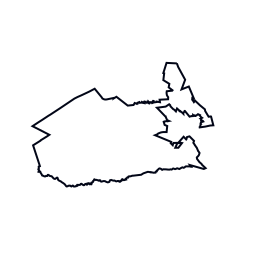 the district of Umguza, Matabeleland North, Zimbabwe, rotated 295°
{"feature_id": "62879985B92853728292751", "entity_name": "Umguza", "entity_type": "district", "adm_level": 2, "iso_a3": "ZWE", "parent_name": "Zimbabwe", "parent_adm1": "Matabeleland North", "projection": "equal_earth", "projection_center": [27.996, -19.86], "detail": "fine", "context": "isolated", "style": "outline", "palette": "ink", "viewbox_px": 256, "rotation_deg": 295, "n_neighbors": 0, "source": "geoboundaries", "source_scale": "gbopen_adm2", "svg_char_len": 5712}
<svg xmlns="http://www.w3.org/2000/svg" viewBox="0 0 256 256"><g transform="rotate(295 128 128)"><path d="M72.2,49.3L56.2,64.3L55.7,63.9L55.5,63.5L55.2,63.4L54.7,63.8L53.9,64.0L53.4,64.4L52.9,64.2L52.7,64.2L52.2,65.1L51.5,65.7L51.2,65.7L50.8,65.3L50.5,65.4L50.8,66.0L51.1,66.2L51.3,66.6L51.4,66.9L51.1,67.2L50.7,67.4L50.1,68.4L49.8,68.8L49.4,69.5L48.7,70.2L48.7,70.6L48.9,71.5L48.8,72.5L49.1,73.4L49.3,73.6L49.9,73.9L50.2,74.8L50.4,75.1L50.9,75.3L51.3,75.1L51.6,75.1L51.8,75.4L51.8,76.3L51.5,77.5L52.0,79.2L51.0,81.6L50.9,81.9L50.8,82.7L51.0,83.3L51.2,83.6L52.9,84.5L53.1,84.8L53.1,85.0L52.8,85.5L51.8,86.3L51.4,86.8L51.2,87.9L51.2,89.9L50.9,90.7L50.8,91.9L50.4,94.1L49.7,95.6L49.2,96.5L49.1,96.8L49.1,97.1L49.3,97.4L49.8,98.0L50.4,98.3L50.6,98.5L50.8,99.1L51.2,99.5L51.3,100.0L51.1,100.8L51.1,101.4L51.2,101.5L52.2,102.0L52.5,102.3L52.5,102.6L52.1,103.4L52.1,103.7L52.4,104.3L53.1,105.4L53.4,105.5L53.7,105.5L53.8,105.6L53.9,105.8L54.0,106.3L54.2,106.5L54.6,106.3L54.8,106.0L55.0,106.0L55.9,108.1L56.4,108.7L57.3,108.8L57.7,109.2L57.7,110.1L57.4,110.8L57.5,111.3L57.4,111.8L57.5,112.2L57.8,112.5L58.9,112.8L59.3,113.0L59.4,113.3L59.4,113.7L59.2,114.5L59.4,114.8L59.8,114.7L60.1,114.4L60.4,114.4L61.0,115.2L61.3,115.6L60.8,116.3L60.8,116.8L61.3,116.9L61.6,117.0L61.6,117.4L61.3,118.0L61.3,118.3L61.5,118.6L62.5,118.5L62.8,118.1L63.1,118.0L64.2,119.0L64.8,119.1L65.4,118.8L66.1,119.2L67.1,119.1L67.3,119.3L67.2,120.5L67.7,121.4L67.8,122.5L68.0,122.9L67.9,123.4L67.9,123.8L68.3,124.2L68.7,124.4L68.8,124.6L68.8,125.0L68.2,125.5L68.1,125.8L68.1,126.4L68.3,126.8L69.3,127.9L69.8,128.7L70.1,129.8L70.0,131.2L70.1,131.9L70.1,132.3L70.3,132.8L71.1,133.7L71.5,133.9L72.3,133.8L73.0,133.8L73.3,134.1L73.8,134.7L73.9,135.7L74.1,137.0L74.5,137.6L74.7,138.1L74.6,138.8L74.6,139.6L74.7,140.0L75.6,141.0L75.9,141.6L75.9,142.3L75.7,142.6L75.8,143.4L76.3,143.7L76.6,143.4L76.8,143.4L77.1,143.7L77.4,144.3L77.6,144.5L78.0,144.6L78.5,144.2L79.2,144.4L79.3,144.8L78.9,145.7L78.9,146.0L79.0,146.3L79.5,147.0L80.0,147.5L80.5,148.1L80.9,147.6L81.0,147.4L82.5,148.2L83.0,148.3L83.2,148.5L83.1,148.9L83.2,149.1L84.3,149.0L84.5,149.2L85.3,150.7L86.0,151.5L86.6,152.0L86.7,152.4L91.2,159.7L93.4,161.1L96.5,164.3L97.0,165.4L97.0,165.5L97.4,167.4L97.7,167.4L98.2,169.9L99.2,171.8L99.4,171.8L99.7,171.6L100.0,171.6L100.4,171.8L100.8,172.4L101.1,172.4L101.3,172.1L101.5,172.1L102.0,172.5L102.7,172.6L103.3,173.0L104.0,173.1L104.4,173.4L104.7,173.7L104.8,174.0L104.9,175.2L104.5,176.3L104.6,176.7L104.7,176.9L105.3,177.2L105.7,177.8L105.9,178.4L106.9,180.7L106.9,181.0L107.7,183.0L108.6,184.2L108.7,185.0L108.9,185.2L109.3,185.5L110.1,185.8L110.4,186.1L110.5,186.6L110.6,188.0L111.1,188.6L112.2,189.5L112.3,189.7L112.5,191.8L112.8,192.1L113.5,192.5L115.0,193.6L115.4,194.1L115.4,195.1L115.7,195.5L116.4,196.0L117.2,196.3L117.6,196.6L117.8,196.9L118.7,199.0L119.2,199.7L119.3,200.6L119.6,201.5L120.6,199.8L122.9,214.0L124.4,215.3L126.0,210.5L126.5,209.9L127.3,207.1L129.2,203.6L130.4,202.8L130.5,202.8L132.0,203.4L133.4,203.7L135.6,203.4L136.7,201.6L136.7,201.4L139.3,198.5L139.7,197.6L140.4,196.5L140.7,195.8L141.0,195.6L142.2,193.5L144.2,193.3L146.4,187.3L145.7,186.4L144.7,185.3L143.7,185.5L143.1,185.2L142.8,185.6L142.5,185.7L142.2,185.6L143.6,182.1L135.8,179.8L135.7,180.2L135.9,180.5L136.6,180.7L136.7,181.2L136.5,181.5L136.9,182.0L137.2,183.3L131.4,182.0L130.1,179.2L135.4,179.1L133.7,175.5L131.3,175.8L132.3,173.1L133.7,173.0L132.9,155.6L134.4,157.0L134.8,157.3L135.8,157.7L136.4,158.3L137.7,159.5L138.6,160.7L139.4,162.0L140.6,164.7L146.4,162.7L146.3,159.9L148.7,157.7L149.0,157.9L149.4,158.6L149.7,158.7L150.1,159.6L150.7,159.9L150.9,160.2L151.0,160.4L150.8,161.0L151.7,162.2L151.7,160.1L154.0,157.5L154.3,157.3L154.2,157.1L154.7,155.8L158.6,145.7L163.3,153.1L166.9,155.3L166.5,156.6L165.6,157.3L164.2,161.0L164.1,162.5L163.7,163.2L163.5,163.9L163.3,164.4L166.4,164.2L165.5,167.1L165.5,167.9L165.0,167.9L165.1,169.8L164.3,172.1L164.8,171.8L165.3,171.8L166.6,172.2L167.4,172.1L167.5,172.3L164.3,179.0L165.9,180.8L165.8,181.1L166.0,181.3L166.6,181.8L167.3,181.5L167.2,181.9L166.8,182.2L166.7,182.4L167.6,183.1L167.2,183.7L167.4,184.1L168.5,184.8L170.1,185.6L170.1,187.6L169.7,187.5L169.3,188.6L168.7,189.6L168.5,190.8L167.1,189.8L167.0,190.6L165.8,191.0L166.0,191.6L166.0,193.0L165.7,193.5L164.1,191.8L162.9,191.8L162.5,192.4L162.3,192.2L162.1,192.2L162.0,192.4L161.1,192.5L159.7,192.7L158.7,192.5L158.3,191.9L160.6,195.4L161.9,197.4L165.0,201.5L166.5,204.2L173.4,198.5L173.4,198.4L173.5,198.2L172.3,196.3L176.0,190.8L177.4,189.8L179.0,183.6L181.1,177.3L179.3,176.8L179.7,176.2L180.2,176.6L180.5,175.8L180.1,175.6L180.8,174.2L182.4,173.6L182.6,175.2L191.3,165.6L185.6,160.2L195.9,159.4L204.5,147.7L207.3,144.9L207.2,145.0L203.3,135.4L192.7,136.8L192.8,137.7L186.3,139.8L185.5,146.8L182.0,147.7L181.0,152.4L180.5,152.3L177.7,147.6L176.1,148.1L174.3,149.3L173.5,150.3L172.9,151.4L171.0,152.2L167.0,144.7L164.9,146.1L164.1,143.0L163.8,143.2L162.4,141.1L162.6,140.9L162.8,139.8L163.3,139.7L163.2,139.3L162.2,139.0L161.1,139.7L160.7,139.3L161.1,138.6L160.9,137.5L160.4,137.4L160.4,136.7L159.3,136.9L159.2,136.3L159.8,135.9L160.3,135.6L160.5,135.2L160.0,135.3L160.0,134.6L159.2,134.8L158.5,133.8L159.0,133.1L159.1,132.4L158.9,131.6L157.7,131.2L157.3,131.8L157.0,130.6L157.5,130.4L157.5,130.1L157.5,129.6L156.8,129.7L155.8,128.0L156.3,127.3L154.9,126.0L154.3,126.4L154.0,126.0L153.6,125.9L153.5,123.5L151.2,123.3L148.2,118.3L151.4,104.3L149.3,102.9L149.6,102.9L144.8,96.5L144.3,95.6L143.9,94.4L143.9,92.4L144.8,91.0L149.5,81.2L144.6,77.5L138.0,72.0L134.8,69.2L132.0,67.0L117.4,58.2L107.2,51.9L105.6,50.8L98.6,46.5L95.5,44.5L89.3,40.7L88.6,59.6L86.1,58.1L80.0,54.1L79.6,54.1L72.2,49.3Z" fill="none" stroke="#020617" stroke-width="2"/></g></svg>